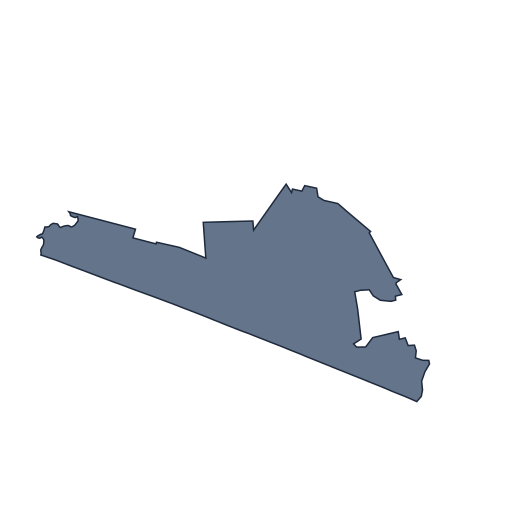 the district of Oxford, Maine, United States of America, rotated 294°
{"feature_id": "52423323B46347201261258", "entity_name": "Oxford", "entity_type": "district", "adm_level": 2, "iso_a3": "USA", "parent_name": "United States of America", "parent_adm1": "Maine", "projection": "equal_earth", "projection_center": [-70.823, 44.566], "detail": "fine", "context": "isolated", "style": "filled", "palette": "slate", "viewbox_px": 512, "rotation_deg": 294, "n_neighbors": 0, "source": "geoboundaries", "source_scale": "gbopen_adm2", "svg_char_len": 1887}
<svg xmlns="http://www.w3.org/2000/svg" viewBox="0 0 512 512"><g transform="rotate(294 256 256)"><path d="M230.9,456.3L228.5,450.6L227.8,443.1L234.6,440.9L239.0,437.0L236.1,431.4L241.9,425.6L238.2,420.9L244.8,416.7L228.9,395.8L217.5,393.2L213.7,385.0L215.4,380.9L222.9,385.8L248.8,370.5L263.5,360.7L265.4,363.2L267.0,365.1L271.2,373.2L267.3,379.3L266.1,387.5L269.5,397.8L272.5,401.6L276.0,399.7L280.1,404.9L287.3,395.3L288.7,395.0L293.3,397.8L292.2,390.3L299.2,381.1L309.3,368.0L311.4,365.3L323.2,350.0L325.0,350.7L333.9,320.2L337.2,309.4L334.4,295.4L335.3,288.6L342.6,283.8L340.1,271.9L333.9,271.5L332.0,262.1L328.4,262.7L333.9,254.3L320.2,251.5L278.7,243.3L286.7,238.9L275.8,216.0L265.3,194.1L233.7,211.0L232.7,182.4L228.1,159.5L226.4,159.8L222.5,136.2L231.5,135.0L220.3,67.0L219.4,68.6L219.0,69.1L218.5,69.5L217.5,70.1L217.3,72.0L217.5,75.1L219.0,76.6L219.4,76.9L218.3,77.8L215.7,79.2L211.3,78.1L210.0,77.7L208.4,76.5L207.6,75.8L207.3,75.2L207.6,72.8L207.2,71.4L205.3,68.5L203.9,67.1L202.6,66.0L202.5,65.9L202.9,64.4L203.1,63.9L204.2,62.4L204.5,61.4L203.3,57.3L202.6,56.8L200.9,55.6L199.0,55.1L198.0,54.0L196.9,52.1L196.6,51.3L193.3,51.9L189.5,51.9L188.7,51.3L188.6,50.8L188.0,50.3L186.2,48.9L185.6,48.4L184.4,47.9L184.0,48.6L183.9,49.0L184.3,51.3L185.5,52.1L186.1,52.9L186.0,53.1L184.7,55.4L183.6,56.0L182.1,56.6L180.3,57.1L178.8,57.3L177.9,57.0L174.5,56.8L173.0,57.4L171.5,58.4L170.6,58.8L169.4,59.0L170.8,74.5L171.7,91.9L172.3,101.7L174.4,138.6L174.6,139.9L175.7,158.2L177.3,181.0L178.7,204.8L178.9,209.9L180.0,231.4L180.4,243.2L180.9,257.3L181.6,272.8L182.1,279.8L183.2,305.3L183.7,315.3L184.0,325.7L184.2,330.2L184.5,337.2L184.5,337.3L184.5,340.7L185.8,376.8L186.0,381.5L186.5,395.4L187.7,428.9L187.7,434.2L187.9,439.3L188.3,449.5L188.4,462.1L194.9,464.1L201.2,462.7L209.1,458.2L218.9,457.4L228.0,458.4L230.9,456.3Z" fill="#64748b" stroke="#1e293b" stroke-width="1.5"/></g></svg>